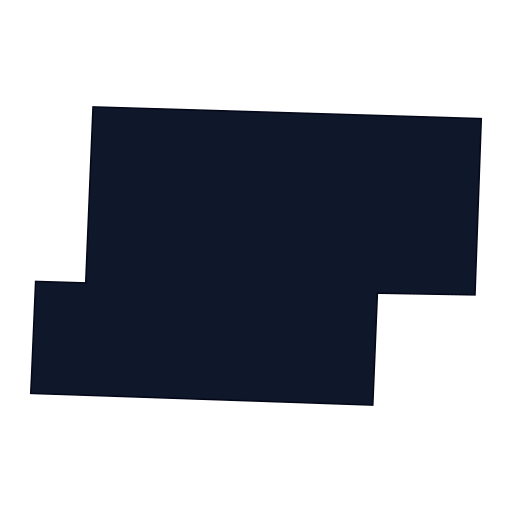 Hickory, Missouri, United States of America (Natural Earth projection)
{"feature_id": "52423323B37478896946930", "entity_name": "Hickory", "entity_type": "district", "adm_level": 2, "iso_a3": "USA", "parent_name": "United States of America", "parent_adm1": "Missouri", "projection": "natural_earth1", "projection_center": [-93.331, 37.938], "detail": "fine", "context": "isolated", "style": "filled", "palette": "ink", "viewbox_px": 512, "rotation_deg": 0, "n_neighbors": 0, "source": "geoboundaries", "source_scale": "gbopen_adm2", "svg_char_len": 247}
<svg xmlns="http://www.w3.org/2000/svg" viewBox="0 0 512 512"><path d="M475.0,294.9L481.3,118.6L93.0,106.9L85.7,282.9L35.6,281.4L31.5,377.2L30.7,393.4L372.8,405.1L377.4,293.2L475.0,294.9Z" fill="#0f172a" stroke="#020617" stroke-width="1.5"/></svg>